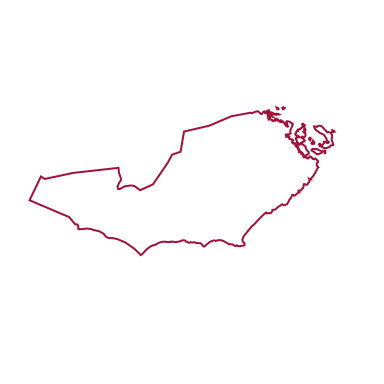 outline of East Guadalcanal, Guadalcanal, Solomon Islands, rotated 339°
{"feature_id": "97153195B16319119687534", "entity_name": "East Guadalcanal", "entity_type": "district", "adm_level": 2, "iso_a3": "SLB", "parent_name": "Solomon Islands", "parent_adm1": "Guadalcanal", "projection": "robinson", "projection_center": [160.747, -9.822], "detail": "fine", "context": "isolated", "style": "outline", "palette": "rose", "viewbox_px": 384, "rotation_deg": 339, "n_neighbors": 0, "source": "geoboundaries", "source_scale": "gbopen_adm2", "svg_char_len": 6159}
<svg xmlns="http://www.w3.org/2000/svg" viewBox="0 0 384 384"><g transform="rotate(339 192 192)"><path d="M72.6,185.9L76.6,187.5L76.7,187.0L76.8,187.5L80.5,188.3L84.8,190.6L85.7,191.6L91.5,195.6L94.4,199.1L95.6,202.8L97.2,204.7L99.7,206.0L100.7,206.1L105.5,209.3L111.7,215.2L117.9,224.4L121.6,232.5L122.8,232.4L128.1,229.7L133.2,228.0L136.4,227.7L139.1,228.2L142.4,227.5L146.3,227.8L149.2,228.8L152.2,230.6L153.8,230.5L154.1,231.1L156.0,231.2L157.7,232.4L160.4,233.3L163.6,233.8L165.2,233.6L167.1,234.1L168.3,235.0L168.6,236.3L169.7,236.8L170.9,238.4L172.5,238.3L174.1,239.3L176.0,239.6L178.0,241.3L181.4,242.7L182.7,244.8L182.9,246.4L183.8,247.3L190.9,245.0L194.5,244.9L195.8,245.3L196.5,246.2L199.0,246.3L201.7,247.3L203.9,249.2L208.0,254.1L211.3,255.6L212.2,257.2L213.3,258.1L214.6,257.8L215.1,258.1L215.3,258.8L217.7,260.0L218.4,259.8L221.1,260.6L222.1,260.3L222.7,258.8L221.7,256.9L221.9,254.6L224.4,251.8L235.4,245.5L238.0,244.7L248.7,239.5L253.7,237.7L254.1,238.7L254.7,238.6L256.3,239.6L258.3,239.8L260.2,238.6L260.7,237.5L263.1,238.2L266.4,237.0L271.9,235.7L272.7,237.1L273.5,237.5L276.4,237.3L278.8,235.6L280.2,234.0L282.3,233.0L284.5,230.7L285.3,230.9L286.0,232.1L286.6,232.2L292.0,230.3L292.2,230.6L292.4,230.1L291.7,229.3L292.0,228.8L294.4,229.6L295.5,228.5L297.1,228.2L299.2,224.8L299.8,224.8L301.0,226.2L302.5,226.4L303.7,225.2L305.3,224.4L306.1,222.7L306.1,221.8L306.7,222.6L307.8,223.0L307.8,222.1L311.2,220.4L313.1,218.7L314.1,218.2L314.9,217.1L316.0,216.5L318.1,214.3L318.8,214.2L318.1,212.6L318.2,211.1L319.2,209.6L320.3,209.3L320.8,208.6L319.3,205.0L318.2,205.3L317.3,204.9L317.2,204.3L316.5,204.2L316.0,202.0L315.3,201.3L314.7,201.0L314.0,201.8L312.2,202.2L312.0,201.3L311.2,201.2L310.2,200.1L308.9,199.8L308.5,198.9L309.0,198.1L308.6,196.8L307.7,195.7L307.8,194.7L307.3,193.7L306.5,193.3L306.9,192.9L306.5,191.9L306.4,188.3L305.7,187.5L305.7,186.0L305.2,185.9L305.4,185.0L305.8,184.9L305.5,183.5L304.5,182.7L304.0,183.1L303.7,182.5L303.9,181.8L303.3,181.6L303.7,180.5L304.8,179.9L304.7,179.1L303.6,178.7L303.1,177.7L301.9,177.3L302.2,175.8L302.1,175.2L301.5,175.0L301.7,174.5L300.1,174.3L301.0,173.5L301.6,173.7L301.1,173.1L300.0,173.1L300.1,172.1L301.3,172.1L302.2,172.8L305.0,172.7L305.1,171.2L306.4,169.1L310.1,165.4L310.5,164.3L309.8,164.1L308.7,161.6L306.0,159.9L305.1,160.4L305.3,162.4L304.9,163.7L305.1,164.1L305.7,164.0L305.0,164.4L305.2,165.1L304.8,165.3L304.2,164.5L303.7,164.5L303.9,162.3L303.2,162.6L302.9,162.0L302.7,161.5L303.0,160.5L302.3,159.8L302.5,159.4L301.7,158.1L300.9,157.2L300.7,157.8L301.3,158.3L300.4,158.8L299.4,158.4L299.4,157.6L300.0,157.4L299.0,157.3L298.8,156.3L298.1,156.2L298.5,155.7L297.0,153.6L296.4,153.5L295.4,154.2L296.2,155.1L295.7,155.4L294.1,154.8L294.5,154.7L294.2,154.4L293.1,154.9L292.3,153.0L289.8,151.9L290.2,151.6L289.5,150.4L290.4,149.0L289.9,148.5L290.0,148.0L290.2,147.4L290.9,147.4L290.8,146.5L291.2,146.5L290.9,146.1L291.2,145.9L288.5,144.5L288.4,144.2L289.3,144.2L289.4,143.8L288.5,142.7L287.3,142.8L285.0,144.2L284.3,143.7L282.4,140.2L280.3,139.8L275.9,139.9L275.3,139.0L255.8,135.4L231.8,136.3L206.2,132.7L195.8,150.3L186.8,150.0L180.0,155.9L158.3,170.9L144.2,171.7L140.3,165.7L137.4,164.0L131.4,162.6L125.4,163.4L124.1,162.6L124.4,160.2L127.6,157.0L129.7,155.7L130.5,153.7L130.7,148.1L132.0,143.1L88.4,131.7L59.1,127.0L56.5,123.4L37.4,141.5L68.3,171.4L71.4,180.4L73.2,181.1L73.5,181.7L73.5,183.8L72.7,185.0L72.6,185.9ZM343.3,188.5L342.6,186.5L340.9,184.8L339.7,184.8L336.7,177.1L335.2,176.0L333.7,175.5L331.9,176.0L330.3,174.7L329.4,174.5L329.3,176.8L330.0,178.6L332.6,182.7L335.6,185.8L336.6,190.3L336.3,191.8L337.6,194.5L336.4,195.1L335.4,194.4L334.6,193.2L333.1,192.4L332.9,193.4L330.4,195.1L329.6,196.3L329.5,196.7L331.0,198.3L333.8,199.3L337.1,199.1L338.1,198.3L340.8,198.7L341.2,192.7L342.2,191.3L343.3,188.5ZM321.2,169.7L320.4,169.2L320.2,168.0L319.4,167.9L319.1,168.2L319.2,169.3L318.1,171.0L316.1,171.9L316.1,171.6L315.3,171.6L313.8,172.1L313.3,171.7L312.8,172.1L312.8,173.0L311.8,172.7L310.7,173.4L310.7,174.0L309.2,174.8L309.0,175.5L309.7,177.1L310.7,177.1L310.6,176.5L311.8,179.0L311.2,178.9L311.5,179.5L310.8,178.9L308.5,178.9L307.8,179.6L308.2,181.6L308.1,182.7L307.6,183.2L308.6,184.2L309.2,185.8L311.5,185.1L312.6,185.4L313.4,184.7L314.5,185.1L315.6,184.7L315.7,184.3L314.9,181.9L314.1,181.4L313.9,180.4L313.4,180.1L314.8,179.7L315.8,181.1L317.4,180.8L318.6,179.3L318.7,177.3L318.0,177.0L317.5,175.6L318.2,175.3L319.2,175.7L319.3,176.5L319.5,175.4L319.2,173.4L319.6,172.7L320.1,173.2L319.9,171.3L320.8,170.8L321.2,169.7ZM315.2,196.4L314.1,193.9L313.9,191.0L314.3,190.4L312.4,187.2L311.5,186.6L308.9,186.3L306.6,185.1L306.5,185.9L307.1,186.2L306.6,186.5L307.1,187.8L307.3,192.3L308.9,194.8L310.0,198.6L311.8,199.1L312.7,198.3L314.6,198.0L315.0,197.6L315.2,196.4ZM328.3,200.6L325.7,198.7L323.9,196.5L322.5,196.3L320.4,195.0L319.0,195.2L318.5,195.8L319.1,197.0L320.5,198.5L321.7,201.0L323.0,201.5L323.2,202.0L327.2,201.8L328.3,200.6ZM299.8,150.2L299.3,149.6L298.9,149.9L298.4,149.7L298.4,149.1L297.9,148.9L297.7,149.2L296.0,147.5L295.4,147.6L295.5,146.9L293.7,145.5L292.8,144.0L292.9,143.4L291.9,144.0L291.7,143.2L291.2,143.1L290.8,143.7L290.1,143.6L289.5,144.0L290.1,144.8L292.9,145.5L292.8,146.2L294.5,147.4L295.7,148.7L297.3,149.6L297.6,149.5L298.2,150.1L299.8,150.2ZM324.0,189.6L323.4,187.5L322.3,189.3L321.5,189.0L320.9,189.5L321.0,189.9L322.8,190.8L323.4,190.7L324.0,189.6ZM329.7,195.1L328.8,193.0L328.1,192.6L327.6,192.9L327.8,195.2L329.2,195.6L329.7,195.1ZM308.7,146.8L307.7,145.6L306.5,145.7L306.5,147.1L307.4,147.4L308.7,146.8ZM322.1,184.5L321.9,183.8L321.5,183.5L320.2,184.2L320.3,185.1L321.1,186.2L322.1,184.5ZM302.7,145.4L302.5,144.7L301.3,143.4L301.2,145.4L302.4,145.8L302.7,145.4ZM331.2,201.4L330.6,200.8L329.9,201.4L329.7,203.0L330.0,203.5L330.5,203.2L331.2,201.4ZM346.6,186.5L346.5,186.0L345.1,184.5L344.3,186.0L345.7,186.8L346.2,186.3L346.6,186.5ZM291.7,150.3L291.3,149.9L290.6,150.6L291.2,151.1L291.7,150.3ZM301.2,150.8L300.4,149.9L299.8,150.3L300.3,150.7L301.2,150.8ZM294.1,150.5L293.7,149.6L293.2,149.0L292.9,149.6L294.1,150.5ZM292.9,148.9L292.8,147.9L292.3,147.5L292.4,148.2L292.9,148.9Z" fill="none" stroke="#9f1239" stroke-width="2"/></g></svg>